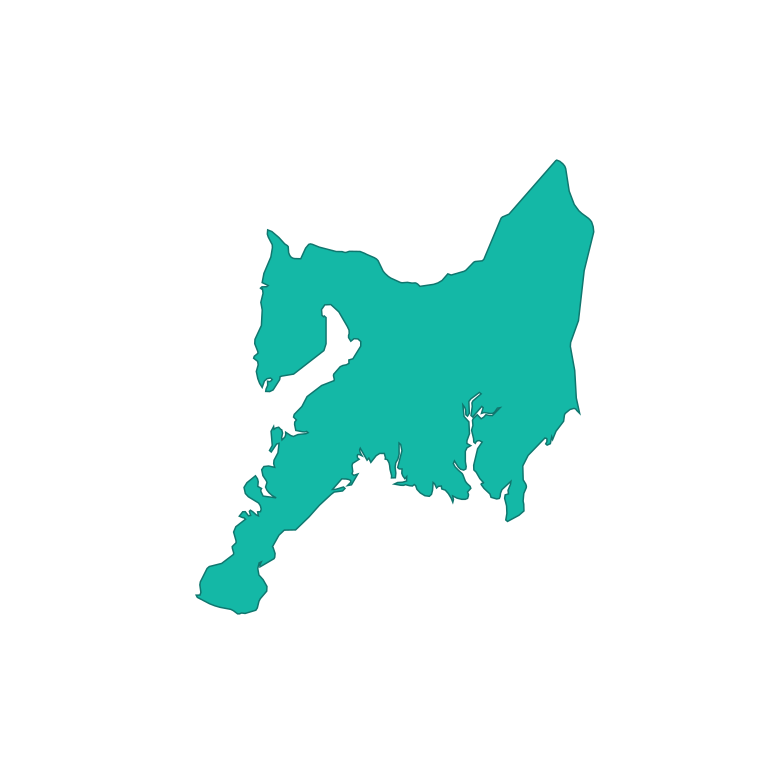 the Region of Vesturland, rotated 311°
{"feature_id": "ISL-710", "entity_name": "Vesturland", "entity_type": "Region", "adm_level": 1, "iso_a3": "ISL", "parent_name": "Iceland", "parent_adm1": "", "projection": "orthographic", "projection_center": [-22.162, 64.9], "detail": "fine", "context": "isolated", "style": "filled", "palette": "teal", "viewbox_px": 768, "rotation_deg": 311, "n_neighbors": 0, "source": "natural_earth", "source_scale": "10m", "svg_char_len": 6171}
<svg xmlns="http://www.w3.org/2000/svg" viewBox="0 0 768 768"><g transform="rotate(311 384 384)"><path d="M452.7,547.7L454.2,545.2L448.1,548.7L444.9,547.2L444.9,545.3L447.3,544.8L449.4,543.1L449.4,541.7L448.5,541.0L449.4,540.9L424.7,539.6L413.2,542.5L403.0,551.9L401.4,556.8L400.3,558.5L399.1,559.4L393.1,561.3L386.9,565.8L385.0,568.3L380.0,572.9L373.5,572.0L361.3,567.4L361.3,565.1L367.0,561.6L372.4,556.5L376.9,550.0L379.8,548.2L382.7,550.0L385.2,547.3L391.2,545.3L393.8,543.6L381.7,542.3L378.0,543.6L375.4,545.4L373.3,546.1L371.2,544.5L368.7,539.1L370.5,536.2L370.8,528.0L371.9,523.2L372.8,522.8L373.8,523.7L374.8,523.8L375.5,518.4L377.9,511.5L378.1,508.2L381.5,505.0L396.6,497.1L404.6,496.2L404.0,493.4L402.7,491.9L401.0,491.4L399.1,491.8L399.1,489.8L401.5,487.5L406.6,480.4L411.1,478.3L414.6,474.6L416.4,474.1L422.0,474.5L421.5,480.1L424.2,481.0L427.7,481.1L429.4,484.3L431.2,486.5L442.4,487.2L440.2,485.4L435.5,485.9L433.1,485.3L431.2,483.2L428.2,478.3L425.7,476.8L431.2,474.4L431.2,472.5L417.3,472.6L417.3,470.3L424.9,465.4L427.4,462.8L429.6,462.2L440.3,463.8L440.2,461.5L429.8,459.3L426.5,459.5L417.9,467.6L414.5,468.1L414.5,466.0L418.0,462.6L419.3,460.3L420.0,457.2L412.0,465.7L411.1,472.9L402.6,481.1L395.6,483.8L393.5,485.6L394.4,489.9L390.4,488.5L386.6,489.5L378.8,496.3L375.6,500.2L373.5,501.5L371.3,500.6L369.9,497.6L370.1,494.5L372.2,487.6L369.4,488.5L368.1,492.0L367.7,496.8L367.7,501.7L367.2,503.2L364.0,509.2L363.4,512.0L363.3,516.1L362.2,518.0L357.3,517.9L356.1,520.2L354.9,521.1L352.5,522.1L350.3,521.0L347.9,518.2L345.8,514.1L344.6,509.2L342.3,512.3L339.9,513.5L341.9,509.5L343.5,504.6L344.1,499.9L342.7,496.4L344.6,494.2L342.5,492.2L340.0,491.9L341.9,487.6L341.9,485.7L335.7,490.3L331.9,492.2L329.0,491.9L326.5,488.1L325.6,482.9L326.1,478.0L328.0,474.7L328.0,472.8L325.7,472.4L324.0,470.0L322.1,466.2L320.4,465.3L318.5,463.0L315.2,457.4L318.6,458.9L322.1,462.5L325.6,464.7L329.0,461.9L326.2,461.9L327.0,458.4L328.3,456.0L331.7,453.4L329.9,451.2L329.9,449.1L345.4,441.3L349.3,436.3L349.3,434.1L341.0,441.4L336.6,443.7L332.2,444.6L328.6,446.9L324.5,451.4L320.7,454.1L318.0,451.2L319.8,449.9L323.5,444.6L326.2,441.7L327.8,439.5L329.1,436.2L328.1,434.1L329.3,433.5L331.8,429.8L328.8,426.3L324.8,425.1L316.2,425.5L318.1,421.2L315.4,421.2L320.0,408.2L318.6,408.6L317.4,409.8L316.3,411.9L315.4,414.6L314.6,411.7L313.5,410.5L312.3,410.8L310.9,412.4L310.9,414.6L303.5,412.4L301.4,413.4L297.5,417.8L295.3,418.7L295.2,421.1L298.9,423.3L286.6,425.6L283.4,423.1L288.1,423.4L289.3,422.1L288.9,420.3L287.5,417.8L284.7,414.4L270.6,414.3L272.7,416.6L279.7,421.0L279.6,423.1L276.1,422.9L269.8,417.3L266.0,416.5L266.9,416.6L250.2,414.8L234.3,414.6L215.9,413.0L208.3,404.6L201.0,403.9L188.0,406.6L187.9,407.5L184.6,413.0L181.6,415.2L180.0,415.6L164.6,410.4L166.0,409.1L169.3,408.1L167.1,407.1L161.9,409.8L157.8,414.9L157.0,421.2L154.4,428.5L150.7,431.4L140.8,431.5L137.9,432.2L131.9,435.3L129.2,435.7L119.7,429.7L117.7,426.7L115.8,425.8L114.5,424.3L114.1,419.0L113.4,416.2L107.9,406.8L105.6,401.8L103.7,396.5L100.5,383.1L101.4,380.8L104.0,383.6L106.6,382.5L111.6,376.8L114.2,375.2L128.7,371.5L131.6,371.9L142.1,379.2L156.6,382.2L157.9,381.4L160.4,377.5L161.7,376.1L167.2,376.5L168.6,375.2L173.6,367.6L179.1,365.8L191.1,368.2L191.1,365.8L190.4,364.9L189.3,361.5L194.9,361.2L196.6,363.0L195.6,368.3L197.3,369.6L199.6,365.9L201.1,366.0L201.5,369.0L201.4,373.4L202.1,375.7L204.6,372.5L206.6,374.5L209.0,373.4L211.0,370.5L211.9,367.4L209.9,355.6L210.4,351.2L214.1,346.2L219.6,345.3L230.4,347.2L229.4,350.8L227.7,353.2L223.9,355.9L224.8,360.2L223.2,360.5L222.1,361.7L220.1,366.3L227.3,377.3L226.5,372.6L226.5,368.6L227.1,365.3L228.5,362.2L232.9,360.3L233.8,358.6L235.4,352.7L239.1,347.9L242.9,347.5L246.4,350.7L249.4,356.2L251.5,353.0L254.3,351.0L262.5,349.1L270.4,343.7L268.3,342.3L258.7,343.5L258.7,341.2L264.3,340.0L274.2,329.8L279.5,328.6L277.7,330.7L280.1,331.3L282.3,332.9L282.0,335.7L282.3,336.9L280.4,339.7L276.4,341.9L274.9,343.7L278.9,344.0L281.1,343.2L283.1,341.4L283.9,347.5L285.0,350.1L289.4,352.2L295.3,357.7L297.5,358.7L297.5,356.7L295.9,355.7L294.4,353.7L291.1,347.9L294.8,343.1L296.7,341.6L299.4,341.5L299.7,337.4L302.2,336.2L313.2,336.8L324.0,334.2L341.9,337.9L353.8,344.1L355.1,343.2L357.1,340.4L358.4,339.6L368.3,339.6L371.0,340.8L373.8,343.0L376.6,344.0L379.1,341.7L382.6,344.0L397.3,341.6L400.8,338.6L400.9,334.7L398.5,331.6L394.5,330.9L395.8,326.8L397.4,325.4L399.3,324.6L401.7,322.3L403.3,318.7L408.8,302.6L409.1,291.8L404.9,287.4L399.2,288.0L395.1,292.2L395.1,294.3L396.1,294.3L396.1,296.7L376.3,313.9L369.8,316.7L332.2,309.3L322.7,301.5L321.3,300.8L318.8,302.4L306.8,304.2L303.3,302.7L300.8,299.6L302.8,298.3L306.7,297.1L309.7,294.3L310.7,296.0L311.6,296.6L314.1,296.7L314.1,294.4L311.2,292.2L307.8,291.8L301.5,294.3L302.9,289.7L305.3,285.2L309.7,279.4L315.9,276.5L318.2,273.8L317.9,268.7L319.8,267.9L324.5,268.7L325.7,267.5L329.6,260.0L333.1,257.3L347.7,253.1L360.0,243.5L364.8,237.5L373.1,233.2L376.1,229.8L375.3,229.3L375.3,227.9L377.2,228.1L380.5,231.7L382.4,232.0L380.6,225.5L388.7,220.8L405.6,215.3L413.6,210.4L415.8,208.3L419.0,200.2L420.6,197.6L424.0,195.1L425.5,199.4L425.6,208.6L424.6,217.1L425.0,220.3L424.8,221.6L420.6,225.8L419.2,228.5L418.8,230.6L419.1,232.5L419.9,234.1L423.9,239.0L435.1,235.7L440.0,235.6L441.4,236.5L442.4,238.3L444.8,245.3L452.6,261.0L456.4,265.5L457.4,267.8L458.3,269.0L461.4,270.8L468.3,279.0L469.9,283.6L470.4,285.7L473.0,293.9L473.4,296.3L473.2,298.6L468.6,309.3L468.1,312.4L468.0,316.7L468.4,319.7L471.4,329.8L472.3,331.3L476.1,335.0L478.5,338.9L480.9,341.4L481.3,342.5L481.5,343.9L481.3,347.1L491.8,356.1L495.7,358.4L500.2,359.9L509.0,359.9L510.3,363.2L521.8,370.6L523.7,371.2L534.7,371.8L536.2,372.4L541.4,377.3L543.5,377.6L585.9,363.6L587.8,363.8L594.2,366.9L665.1,367.1L666.3,367.5L667.4,370.6L667.5,374.9L666.9,377.7L665.7,379.9L651.0,397.3L644.3,409.8L642.6,417.3L642.5,421.4L643.2,429.7L643.0,432.2L642.5,434.4L640.0,438.6L636.4,442.5L600.9,460.7L559.4,489.2L537.8,497.6L534.6,500.0L519.3,519.1L499.6,538.3L490.2,550.9L490.5,546.6L490.9,545.5L490.6,544.1L490.0,543.2L486.8,541.1L480.8,540.1L479.2,540.4L473.7,544.0L461.2,544.8L452.7,547.7Z" fill="#14b8a6" stroke="#0f766e" stroke-width="1.5"/></g></svg>